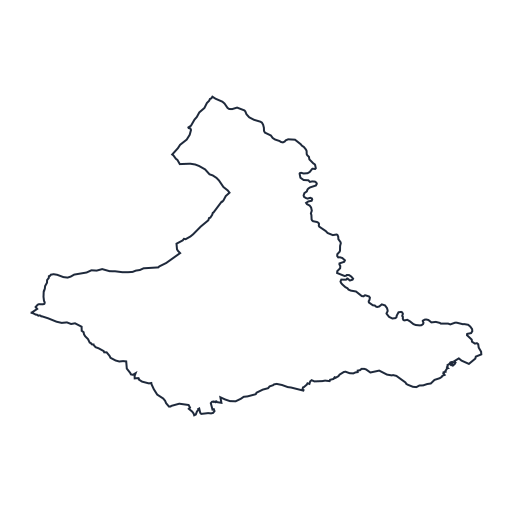 Brosteni, Mehedinti, Romania
{"feature_id": "2599482B37322909384444", "entity_name": "Brosteni", "entity_type": "district", "adm_level": 2, "iso_a3": "ROU", "parent_name": "Romania", "parent_adm1": "Mehedinti", "projection": "natural_earth1", "projection_center": [22.98, 44.752], "detail": "fine", "context": "isolated", "style": "outline", "palette": "slate", "viewbox_px": 512, "rotation_deg": 0, "n_neighbors": 0, "source": "geoboundaries", "source_scale": "gbopen_adm2", "svg_char_len": 6064}
<svg xmlns="http://www.w3.org/2000/svg" viewBox="0 0 512 512"><path d="M481.3,354.4L481.1,351.7L478.7,347.6L478.2,344.2L476.9,343.2L474.9,343.6L472.0,341.7L471.7,339.6L467.0,335.2L467.1,334.0L467.5,333.8L471.1,333.1L472.3,331.2L472.1,329.1L470.3,326.6L468.2,324.8L464.3,324.1L462.8,324.2L456.8,322.7L455.0,322.7L450.3,324.4L448.1,323.6L440.8,323.6L439.8,322.9L435.8,321.9L431.4,322.4L428.4,320.0L426.3,319.5L424.8,319.6L422.8,320.7L422.8,321.3L423.5,322.8L423.1,324.0L421.5,325.2L419.8,325.4L415.7,325.0L413.4,324.1L409.9,321.3L407.3,319.8L404.5,320.4L403.5,320.1L402.8,318.7L402.9,316.9L402.2,315.9L402.9,313.9L402.2,312.4L401.1,311.9L398.5,312.3L396.7,315.7L396.5,317.1L395.5,318.1L392.4,318.5L389.1,316.9L386.7,313.9L386.5,313.4L387.6,311.2L387.6,310.3L387.0,308.1L385.0,305.4L381.8,304.4L379.2,306.5L377.2,307.0L376.0,306.6L374.8,305.5L372.9,305.3L368.9,302.5L368.7,301.2L369.4,300.1L369.9,297.7L369.1,296.5L365.4,295.3L364.8,295.3L363.6,296.3L361.8,296.1L356.0,291.5L350.8,290.6L348.5,289.6L347.5,288.3L345.3,287.1L342.2,284.3L341.0,282.8L340.5,281.5L341.3,279.6L345.6,279.7L346.5,279.5L347.0,278.6L347.5,278.5L349.9,280.5L352.5,279.7L353.1,278.7L351.3,276.6L349.1,275.1L346.8,275.0L346.1,275.7L344.6,276.0L337.1,273.0L337.3,271.1L340.1,268.3L340.3,266.0L339.4,264.4L339.5,263.4L344.2,261.8L344.9,260.3L342.3,258.0L340.0,257.3L338.2,257.4L337.2,256.0L337.3,254.2L339.6,251.7L340.0,250.6L340.1,245.9L340.8,243.2L340.5,242.1L338.4,239.2L338.2,236.6L337.4,234.9L336.6,234.5L332.8,235.1L327.6,233.0L325.8,231.1L319.3,226.7L318.8,225.8L319.0,223.8L318.4,222.8L317.0,222.0L313.0,221.2L312.0,220.3L311.6,219.4L311.4,215.1L310.9,213.4L311.8,210.7L311.1,207.5L309.7,205.6L306.9,204.1L306.1,202.9L308.4,201.4L311.6,200.8L312.2,199.5L312.0,198.9L311.9,198.5L310.3,197.8L307.5,198.6L305.8,198.0L304.0,196.8L303.6,195.4L304.4,193.1L306.8,191.4L307.5,189.5L308.4,188.5L310.1,187.4L315.9,185.5L316.8,183.8L316.3,182.6L314.9,181.6L312.2,181.4L309.9,181.9L308.4,180.3L303.6,180.0L300.4,177.7L299.6,173.7L299.8,173.2L301.1,172.8L303.6,173.5L307.6,173.2L309.7,172.0L312.0,169.1L312.6,168.7L315.1,169.0L315.8,168.2L315.1,164.9L314.6,164.2L313.3,163.4L309.4,159.4L308.9,156.8L307.3,155.3L306.7,154.1L306.6,151.0L305.9,149.5L303.9,147.0L301.8,145.6L300.8,144.3L295.0,139.7L288.2,139.3L285.8,140.3L284.6,141.6L282.9,142.4L281.0,142.0L279.5,141.0L275.0,139.5L272.7,138.0L270.9,135.5L264.9,132.6L264.0,130.9L263.9,127.8L263.1,124.7L261.9,122.6L260.4,121.7L254.0,119.8L249.2,117.3L246.5,114.3L245.3,111.4L244.4,110.4L237.1,107.6L232.1,109.1L229.2,109.0L227.6,108.0L224.5,103.5L222.4,101.7L215.5,98.7L212.4,96.7L211.4,98.3L209.9,99.0L209.2,100.7L206.9,103.0L204.4,108.0L199.3,112.4L196.8,117.0L194.5,119.6L191.0,125.7L188.4,127.4L188.7,128.1L190.4,128.5L191.0,130.0L189.7,134.8L186.7,139.6L180.1,144.8L177.9,148.2L172.2,154.5L173.4,155.4L175.9,158.8L177.4,159.9L179.8,164.1L190.2,163.7L195.2,164.5L199.1,166.0L205.1,169.4L209.5,174.3L212.7,175.4L216.5,177.9L219.0,180.5L223.4,187.0L227.8,190.5L229.5,192.7L225.8,196.0L223.4,200.5L222.2,201.8L221.6,201.7L213.5,212.5L212.8,212.8L212.2,214.8L210.3,217.7L209.1,218.0L208.3,220.3L200.7,226.6L193.1,234.3L190.4,236.5L185.6,239.2L184.0,238.8L182.7,240.4L176.5,243.7L177.0,249.3L177.9,250.8L180.1,253.1L166.2,263.0L159.3,266.4L158.3,267.4L143.6,268.3L139.9,270.0L135.9,270.6L132.6,271.9L128.1,272.2L122.4,272.2L115.3,271.3L109.6,271.2L102.2,269.1L96.7,270.6L91.4,270.3L86.6,272.5L74.2,274.6L70.7,276.6L67.6,277.6L63.4,277.1L57.2,274.8L53.6,274.2L50.8,274.7L50.1,275.8L48.9,276.2L48.8,277.9L47.1,280.1L47.0,282.7L45.1,286.1L44.8,288.9L44.0,290.5L44.2,290.8L43.7,291.6L43.5,296.8L44.0,300.9L44.7,302.3L44.5,303.6L44.1,304.0L42.7,304.3L38.9,304.2L37.7,304.7L35.6,307.0L37.2,308.9L31.7,312.6L30.7,312.6L33.2,313.3L35.7,314.6L36.9,314.7L38.3,315.7L39.1,315.4L40.4,315.6L41.3,316.4L41.9,316.3L48.1,318.3L56.5,321.7L61.7,322.9L66.9,322.4L71.1,324.0L75.0,323.3L81.6,326.7L81.7,330.8L83.6,332.2L84.0,334.3L85.2,336.3L88.0,339.1L89.7,342.6L91.0,343.2L91.7,344.3L93.5,344.5L93.5,344.9L95.6,347.2L98.6,348.3L103.7,351.1L104.2,352.3L106.6,352.3L109.5,355.8L110.5,357.8L115.6,360.5L119.3,361.5L123.1,361.1L126.2,361.4L126.8,368.6L130.2,372.9L130.9,374.4L132.9,374.8L135.6,373.2L134.6,375.9L134.7,378.4L138.3,378.1L138.8,378.4L138.8,379.5L142.0,381.6L148.9,383.4L151.3,383.0L151.5,384.2L153.8,389.2L157.2,394.6L163.2,398.5L165.1,400.8L166.1,403.2L169.0,406.6L170.6,406.5L171.3,405.9L179.3,403.7L188.6,405.0L190.0,407.6L188.8,408.8L192.2,411.6L193.6,413.5L194.2,415.3L195.8,414.5L196.9,411.6L197.9,410.3L198.8,409.8L198.3,409.0L199.2,408.5L200.2,412.8L201.3,413.9L208.2,413.1L211.1,413.4L213.1,412.9L214.5,411.1L213.8,409.2L212.5,409.6L210.8,403.2L212.0,401.8L213.4,401.5L213.9,402.0L215.1,401.5L215.5,402.1L216.5,401.5L216.8,402.1L221.4,402.8L220.4,397.3L225.2,399.5L229.9,401.1L235.6,401.3L240.8,398.8L243.7,396.8L247.5,396.4L255.4,394.3L256.0,393.9L256.5,392.7L262.8,389.6L268.1,388.2L269.6,386.4L273.1,385.2L274.0,384.4L276.7,383.9L282.0,385.0L287.8,387.1L291.0,387.5L303.3,390.6L303.5,390.1L302.4,389.5L303.0,387.4L303.9,387.1L306.8,384.6L307.5,383.3L309.4,383.9L310.2,381.4L311.6,380.2L314.4,381.4L322.3,381.1L325.1,380.6L329.6,381.1L330.1,379.8L333.4,379.0L334.7,377.2L335.0,377.3L335.1,378.0L335.6,377.8L338.4,376.2L339.6,374.6L343.8,372.0L345.5,371.7L349.6,373.2L353.3,373.4L355.5,372.4L357.7,372.1L357.7,370.6L360.0,370.2L361.5,368.9L364.4,368.9L366.0,369.4L370.4,372.5L379.2,370.6L387.0,374.6L391.7,375.4L393.1,375.1L396.4,375.9L405.5,382.5L406.3,383.9L407.7,384.7L412.9,386.8L416.4,387.1L419.4,385.5L423.1,385.4L427.3,384.0L430.8,383.5L434.5,379.9L439.7,378.2L441.6,377.0L442.4,375.8L444.6,374.9L443.3,373.2L444.1,372.6L443.9,372.2L445.6,371.7L445.3,371.1L446.8,368.9L447.0,368.2L447.9,368.1L447.0,367.1L447.7,366.1L447.5,365.1L449.5,363.8L450.4,362.4L452.2,361.9L452.8,362.4L451.9,363.4L450.7,363.3L450.2,364.4L451.2,365.2L452.1,364.6L452.7,364.9L453.0,365.5L454.8,363.9L455.0,363.5L454.6,362.9L455.4,362.5L454.4,361.1L458.8,358.4L461.5,360.6L468.9,363.9L475.3,358.6L475.8,356.6L481.3,354.4Z" fill="none" stroke="#1e293b" stroke-width="2"/></svg>